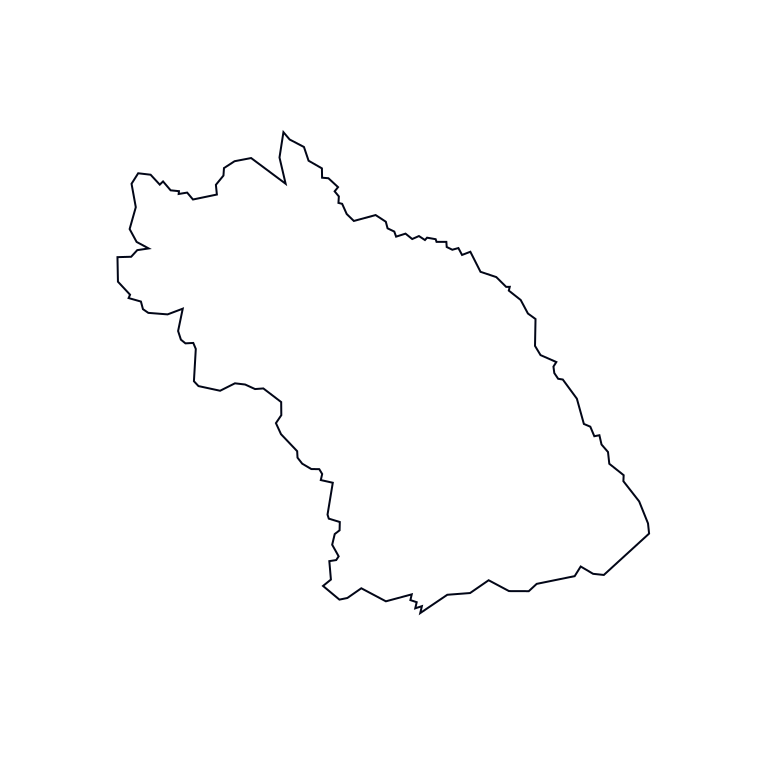 Serranópolis, Goiás, Brazil, rotated 194°
{"feature_id": "56859067B10105372355636", "entity_name": "Serranópolis", "entity_type": "district", "adm_level": 2, "iso_a3": "BRA", "parent_name": "Brazil", "parent_adm1": "Goiás", "projection": "orthographic", "projection_center": [-52.171, -18.223], "detail": "medium", "context": "isolated", "style": "outline", "palette": "ink", "viewbox_px": 768, "rotation_deg": 194, "n_neighbors": 0, "source": "geoboundaries", "source_scale": "gbopen_adm2", "svg_char_len": 1952}
<svg xmlns="http://www.w3.org/2000/svg" viewBox="0 0 768 768"><g transform="rotate(194 384 384)"><path d="M542.5,604.0L540.2,578.5L527.9,554.5L567.6,571.1L582.9,564.0L591.5,554.8L590.2,547.4L595.3,536.6L592.0,527.4L614.0,516.8L621.3,522.1L629.2,518.7L629.6,521.5L637.9,520.3L647.4,527.1L649.8,523.2L661.1,530.6L673.5,529.0L677.4,517.2L667.6,495.5L668.3,472.8L658.4,462.0L645.1,458.6L655.8,454.2L660.1,446.3L673.3,442.6L666.9,418.9L652.0,409.2L652.6,405.6L639.8,405.2L636.0,398.3L629.9,396.0L610.8,399.2L597.5,408.4L596.6,385.6L591.8,377.9L586.5,375.4L579.0,377.7L575.1,372.5L569.1,340.7L563.5,337.1L541.4,337.8L528.8,348.6L518.6,349.9L507.9,347.9L500.0,350.5L479.4,341.6L476.1,328.9L479.4,319.9L471.8,310.4L452.0,297.8L450.1,291.6L444.1,286.9L434.0,283.9L426.2,285.7L422.2,281.7L422.1,275.5L409.8,275.8L407.2,243.6L405.0,240.0L393.5,239.4L391.7,231.3L395.5,226.5L395.4,215.5L386.3,205.8L387.8,201.6L394.2,198.9L388.2,181.4L394.3,173.3L375.1,164.0L367.8,167.5L356.6,180.3L329.6,173.6L306.2,186.6L306.1,180.7L299.5,180.2L299.4,173.9L293.5,177.6L293.4,170.5L271.6,194.8L249.9,202.0L235.0,218.9L212.6,213.3L193.4,218.0L187.5,227.0L152.5,243.7L149.0,254.5L135.2,250.4L124.5,251.9L90.6,303.0L94.1,312.6L108.0,331.8L128.2,347.6L129.4,353.5L146.1,361.1L150.2,372.2L158.3,377.9L162.6,386.4L167.3,384.2L173.5,392.5L180.4,393.6L193.3,416.4L211.6,431.6L216.3,431.2L221.4,435.8L223.8,441.9L222.1,447.0L239.1,449.9L246.7,457.5L252.7,483.7L261.4,487.2L271.7,498.6L285.5,504.8L285.5,508.7L289.0,507.8L300.9,514.9L317.5,516.2L332.2,533.2L339.5,528.1L344.7,533.9L350.2,530.8L356.3,532.1L357.9,537.0L367.4,534.6L368.9,537.0L377.6,536.4L379.1,533.6L385.9,536.0L391.7,531.5L399.5,535.1L407.9,529.9L410.9,534.4L418.2,535.9L421.5,541.9L433.0,545.9L452.7,534.9L461.3,539.9L468.2,548.7L472.0,548.7L473.2,555.1L478.5,559.0L476.2,563.9L487.7,570.2L494.0,569.2L496.4,578.2L511.2,582.4L519.0,594.6L534.7,598.4L542.5,604.0Z" fill="none" stroke="#020617" stroke-width="2"/></g></svg>